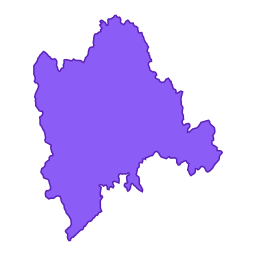 the district of Juiz de Fora, Minas Gerais, Brazil
{"feature_id": "56859067B63389678931345", "entity_name": "Juiz de Fora", "entity_type": "district", "adm_level": 2, "iso_a3": "BRA", "parent_name": "Brazil", "parent_adm1": "Minas Gerais", "projection": "equal_earth", "projection_center": [-43.444, -21.76], "detail": "fine", "context": "isolated", "style": "filled", "palette": "violet", "viewbox_px": 256, "rotation_deg": 0, "n_neighbors": 0, "source": "geoboundaries", "source_scale": "gbopen_adm2", "svg_char_len": 5743}
<svg xmlns="http://www.w3.org/2000/svg" viewBox="0 0 256 256"><path d="M142.3,191.7L142.6,189.5L140.5,185.6L139.3,183.9L139.3,182.0L139.4,180.5L138.9,177.1L137.0,175.6L136.1,174.5L136.6,173.3L137.5,168.3L138.9,167.2L139.3,165.7L138.9,164.5L139.3,163.1L140.2,162.5L142.2,162.8L142.7,161.2L142.6,159.2L144.1,158.7L145.5,159.4L145.7,157.6L146.9,157.5L151.0,155.7L152.4,155.6L153.4,154.4L154.0,153.0L155.2,151.8L156.4,151.4L157.6,152.0L158.8,153.2L159.7,155.0L161.1,156.9L166.3,158.7L167.7,157.5L169.2,156.6L170.1,157.9L171.3,158.2L172.5,157.9L173.8,158.1L174.9,157.7L176.3,158.6L176.8,160.7L176.7,162.5L178.3,165.0L179.8,164.8L180.8,162.9L182.3,162.3L183.6,161.4L184.8,160.9L186.0,160.7L186.7,162.1L187.6,163.1L188.8,163.7L188.2,167.9L187.6,170.1L188.7,171.0L189.2,173.0L189.9,174.3L190.9,175.6L194.0,173.6L195.1,172.4L195.5,168.8L196.9,168.7L197.9,169.8L199.2,169.0L200.2,167.8L200.8,166.7L202.3,166.5L203.8,167.0L204.9,168.3L206.2,171.2L207.7,172.0L209.9,170.8L212.5,168.2L214.3,165.1L218.9,159.8L219.3,158.3L219.4,156.4L220.1,155.0L221.4,153.8L222.2,152.5L221.5,151.3L220.2,150.9L217.1,150.4L216.9,148.9L217.1,147.6L214.5,145.7L213.1,145.3L212.1,143.9L211.7,142.4L212.2,140.8L213.5,140.2L213.6,138.6L213.2,137.0L212.9,135.2L214.1,133.6L214.8,132.2L214.8,130.6L214.4,127.9L213.5,126.8L211.4,125.2L209.8,123.2L209.6,121.6L208.5,120.3L201.1,122.4L199.4,124.9L198.7,126.1L197.7,127.2L196.3,128.1L193.1,128.8L191.8,129.7L189.0,132.2L187.5,132.3L188.0,128.4L189.0,127.9L189.8,126.7L189.7,124.5L188.8,123.5L186.1,123.8L184.6,125.0L183.4,125.0L182.7,124.0L182.2,122.4L182.3,120.5L183.6,119.3L183.3,117.4L183.3,115.2L182.3,113.6L182.3,111.7L182.5,109.7L182.9,107.5L181.2,104.4L181.3,102.7L180.9,99.0L181.6,95.6L182.7,91.9L181.0,91.1L179.6,91.7L178.6,92.5L177.2,93.2L175.8,92.8L176.1,91.0L175.4,89.6L173.8,89.1L172.8,87.5L172.4,85.3L171.2,83.0L171.2,81.5L170.0,80.8L169.4,79.6L168.3,78.2L165.9,79.4L164.9,81.2L163.7,82.2L162.1,82.3L160.2,81.9L158.8,79.4L157.1,79.0L155.8,78.2L155.1,77.3L155.7,76.0L156.7,75.1L156.2,73.4L155.2,72.3L154.1,71.8L153.0,72.0L151.0,70.9L149.8,69.7L149.5,67.8L148.3,65.0L148.6,62.9L149.8,61.5L151.5,61.4L151.3,59.5L149.9,57.9L149.7,55.9L148.9,54.8L148.9,53.0L147.9,52.6L147.1,50.4L148.5,46.9L147.3,45.5L146.7,43.6L145.6,42.6L144.0,39.3L143.5,37.0L142.5,35.5L141.8,32.6L140.7,32.6L139.6,33.1L138.6,32.5L138.2,30.9L137.7,29.7L137.8,27.8L136.4,26.5L134.9,26.3L133.6,25.0L133.2,23.1L131.6,23.2L130.0,23.0L129.3,21.7L127.9,20.2L126.3,21.0L124.0,24.5L122.4,24.0L121.0,23.1L120.4,22.0L120.8,20.3L120.4,18.4L119.5,17.2L118.2,17.5L116.8,16.6L116.1,15.4L115.1,15.4L114.1,16.2L113.4,17.4L112.4,17.8L111.2,18.9L109.8,19.0L108.7,18.9L107.8,19.9L108.1,22.0L108.1,23.7L107.7,25.2L106.4,25.3L105.7,23.3L104.9,22.2L103.7,21.9L102.9,20.8L101.2,20.2L100.0,21.3L100.6,22.5L101.7,22.9L100.9,24.2L99.8,25.0L102.0,28.5L100.6,29.7L100.8,31.6L98.3,32.5L97.4,33.8L95.9,33.8L94.6,34.5L93.8,37.7L93.7,40.3L93.2,42.5L93.7,44.2L93.6,46.4L92.5,47.3L91.4,47.1L90.2,47.5L89.1,48.9L88.6,50.6L88.1,54.2L87.6,55.5L86.6,56.7L85.5,57.6L85.1,59.1L83.7,62.4L82.5,62.1L81.7,61.2L80.4,60.5L75.7,60.4L73.5,59.0L72.4,60.5L70.7,60.8L69.0,60.1L67.5,60.0L66.4,59.6L64.2,59.9L64.0,61.2L64.2,63.1L63.3,64.7L63.6,67.1L62.7,68.2L61.6,68.3L60.7,69.7L60.2,71.0L59.1,71.3L57.9,69.7L57.5,67.5L56.6,66.2L56.6,64.4L56.8,63.0L56.8,61.2L55.7,59.4L54.4,58.7L53.4,59.4L51.9,59.0L50.7,58.2L50.2,57.1L48.7,56.2L46.9,53.9L44.6,52.0L43.4,51.5L41.1,54.2L40.0,55.1L39.4,56.5L37.8,58.5L37.6,60.0L36.1,62.8L33.9,65.7L33.9,71.4L33.8,74.1L34.6,76.0L35.2,78.2L35.0,79.9L34.3,81.3L35.4,82.8L37.0,82.9L37.9,84.0L38.6,85.6L38.3,87.7L36.9,90.6L35.3,94.1L34.7,97.3L35.9,98.8L35.3,100.3L35.8,103.6L35.7,105.8L36.7,107.0L39.3,110.8L41.2,111.4L42.4,111.4L42.9,113.1L42.2,115.0L41.2,116.3L39.9,116.8L39.7,118.1L40.1,119.4L40.0,123.3L40.3,125.1L41.7,126.4L43.1,129.8L44.0,130.8L44.4,132.0L44.9,133.7L45.6,137.8L44.9,140.0L45.5,142.0L49.1,143.9L51.3,145.3L50.8,146.8L50.9,148.7L51.3,150.0L51.7,152.0L52.8,153.4L52.8,155.5L51.5,155.6L50.1,156.1L49.2,157.5L49.2,159.9L47.6,160.9L45.3,162.9L45.1,165.2L44.5,166.6L43.4,167.6L41.8,168.5L40.9,172.2L43.0,175.2L43.7,177.8L45.5,178.6L47.0,178.9L48.2,179.6L49.0,180.8L49.2,182.5L49.9,184.2L50.3,186.0L50.6,187.5L50.4,189.4L49.1,190.3L48.1,190.7L46.7,190.6L45.6,191.9L45.3,194.2L45.8,196.6L49.0,199.0L50.4,198.2L53.6,198.3L55.8,196.6L57.3,195.8L60.1,196.5L60.8,198.4L61.2,200.6L62.0,202.5L64.0,205.2L64.3,208.2L65.0,209.7L65.8,211.1L66.2,212.9L68.7,215.8L70.9,219.6L71.3,224.5L69.5,227.5L68.4,227.6L67.5,229.0L66.4,229.6L65.4,231.1L66.3,232.8L67.4,233.5L67.8,235.0L67.4,236.9L67.7,238.4L68.3,239.6L69.0,240.6L70.4,240.4L70.8,238.6L72.2,237.2L73.6,237.1L74.6,235.7L75.6,235.3L76.1,234.1L78.0,232.8L78.7,231.8L79.7,231.0L80.7,229.8L81.8,229.9L83.0,229.3L84.0,226.3L85.1,226.3L88.2,221.8L89.3,221.4L90.5,221.3L91.6,220.5L92.8,218.6L94.4,217.5L95.2,216.2L96.1,215.3L97.5,215.1L98.9,212.6L100.5,212.1L101.7,211.3L100.9,209.7L100.4,207.7L100.3,200.7L102.6,197.1L101.7,195.6L100.6,196.3L100.2,194.0L100.4,191.6L101.2,187.4L99.8,186.4L99.2,185.3L100.3,184.8L101.6,184.7L103.7,186.2L104.6,185.4L106.0,184.9L107.2,186.4L107.2,187.8L107.5,189.4L109.0,189.6L109.1,188.2L109.9,187.1L110.9,186.4L111.8,187.2L113.1,187.8L113.9,186.1L112.8,183.5L112.7,182.0L114.2,181.4L115.5,181.6L118.9,183.0L119.1,181.0L119.1,178.5L118.3,176.4L119.2,174.4L120.9,173.5L122.4,174.2L123.9,173.8L125.4,174.1L126.9,173.7L128.2,172.8L129.2,173.6L129.1,175.0L127.7,175.4L126.7,176.7L126.9,180.8L127.7,182.5L126.6,183.3L125.2,183.3L124.3,185.1L124.5,186.4L127.0,188.4L127.2,190.1L127.9,191.2L128.9,190.5L129.8,189.4L130.5,187.7L130.6,185.7L131.6,183.4L133.0,183.9L133.7,185.1L134.5,185.8L135.7,186.4L136.4,187.6L138.8,189.7L140.5,190.8L142.3,191.7Z" fill="#8b5cf6" stroke="#5b21b6" stroke-width="1.5"/></svg>